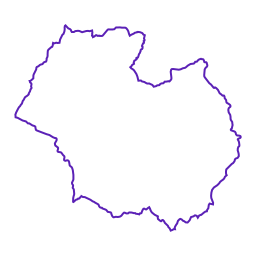 Athang, Wangdi Phodrang, Bhutan
{"feature_id": "84629894B35951750591258", "entity_name": "Athang", "entity_type": "district", "adm_level": 2, "iso_a3": "BTN", "parent_name": "Bhutan", "parent_adm1": "Wangdi Phodrang", "projection": "equal_earth", "projection_center": [90.199, 27.286], "detail": "fine", "context": "isolated", "style": "outline", "palette": "violet", "viewbox_px": 256, "rotation_deg": 0, "n_neighbors": 0, "source": "geoboundaries", "source_scale": "gbopen_adm2", "svg_char_len": 5695}
<svg xmlns="http://www.w3.org/2000/svg" viewBox="0 0 256 256"><path d="M122.2,27.7L120.0,27.4L116.0,27.5L114.3,29.2L112.3,29.5L108.2,29.4L107.4,30.0L102.8,35.5L102.2,35.9L100.8,36.0L99.5,35.7L99.3,35.9L98.5,35.7L98.0,35.9L97.4,35.8L96.6,35.2L95.9,35.2L94.3,36.5L93.0,37.1L92.8,36.1L92.0,35.7L92.0,35.4L92.3,34.8L92.1,33.8L92.4,32.8L92.1,30.5L89.7,31.2L88.0,30.9L86.4,31.0L82.1,32.2L79.4,31.0L78.0,30.8L75.3,31.1L73.9,32.0L71.8,32.0L71.2,31.0L70.9,30.0L70.0,29.1L68.3,28.4L65.5,25.4L64.9,25.9L64.6,27.3L64.7,29.3L64.4,31.4L63.5,33.9L62.4,34.8L60.1,39.5L59.5,42.8L57.4,43.0L56.2,42.7L54.1,43.4L53.1,42.9L52.9,43.6L52.9,44.3L52.7,45.6L52.2,46.8L51.6,46.9L48.4,49.7L47.8,50.9L47.6,54.0L47.6,55.9L47.3,57.2L46.6,58.5L46.6,59.8L46.3,61.1L45.9,61.7L44.8,61.9L43.7,62.5L42.5,64.1L40.6,64.6L39.8,65.0L38.5,66.2L36.8,67.0L36.4,67.6L36.2,69.4L33.7,74.4L33.4,75.5L33.3,78.4L31.2,80.3L30.2,81.0L29.7,81.0L30.1,82.4L30.9,83.0L31.2,83.4L31.5,84.0L31.1,86.5L31.2,86.9L31.5,87.5L31.5,88.1L30.5,89.5L30.0,91.3L29.0,93.0L28.7,93.7L28.7,94.4L27.3,95.7L25.9,96.6L24.9,97.4L23.7,99.8L22.8,100.9L21.9,103.6L20.7,105.0L20.1,106.1L18.9,107.3L17.9,109.1L16.1,112.6L15.8,113.6L15.4,114.5L15.6,117.3L17.6,117.8L22.6,120.5L25.9,121.4L28.0,123.4L29.3,123.4L32.4,125.4L34.4,126.0L35.3,126.6L35.5,128.0L35.9,129.8L36.9,130.5L46.6,134.2L49.4,135.0L52.9,137.2L54.8,138.0L55.9,138.1L56.5,138.6L56.7,139.7L56.5,140.5L54.9,143.3L55.0,144.4L55.3,145.5L57.9,147.5L58.1,148.1L57.9,149.6L57.5,150.8L57.7,151.5L58.2,151.9L60.8,152.3L61.6,153.0L63.0,155.0L64.2,156.1L64.4,156.6L64.5,157.2L64.1,159.0L64.1,159.8L64.2,160.2L64.6,160.5L65.4,160.8L67.1,160.3L67.9,160.4L68.6,160.9L69.1,162.0L69.7,165.4L70.2,166.0L71.6,167.1L72.2,168.2L72.8,170.2L73.4,174.9L73.4,179.1L73.3,179.8L72.0,182.7L72.0,183.2L72.3,184.2L73.0,185.1L73.1,185.9L72.7,187.8L73.5,188.9L73.8,189.5L74.2,193.6L74.1,194.7L73.6,196.2L73.2,198.1L73.1,201.8L73.4,202.0L74.2,201.4L75.4,200.2L76.4,199.5L77.3,199.4L77.7,199.2L78.1,198.6L79.3,198.5L80.5,197.0L81.2,196.6L81.4,196.1L82.9,197.0L84.8,197.1L90.5,199.8L92.6,201.3L94.1,201.9L95.2,202.7L97.8,204.1L98.5,204.6L99.0,206.0L99.8,207.2L100.6,207.6L102.0,207.8L102.3,208.4L105.6,209.6L106.4,210.1L107.7,211.8L110.7,212.4L111.3,213.2L111.4,214.1L112.3,216.2L113.2,217.1L113.7,217.3L115.8,216.8L117.8,217.0L119.1,216.8L120.2,216.5L121.4,215.7L123.0,213.6L124.0,212.7L124.8,212.7L126.3,213.4L128.0,213.4L129.1,212.5L130.1,212.4L130.9,212.6L131.5,212.5L133.7,213.1L135.2,213.1L135.8,213.7L138.5,214.1L139.2,214.4L139.9,213.4L140.7,213.4L141.4,213.1L142.4,210.4L143.4,208.8L144.1,208.6L145.8,209.4L146.4,209.4L148.1,207.9L149.2,207.2L150.0,208.7L150.7,210.6L151.8,212.4L154.6,214.7L157.9,216.4L157.7,217.4L158.0,219.0L159.8,220.5L160.8,221.2L161.2,221.2L162.3,220.0L163.0,220.1L164.1,221.3L164.8,222.8L167.9,225.8L168.4,227.1L169.7,228.4L170.7,230.6L172.5,229.9L173.8,229.1L175.0,229.2L174.7,227.8L175.1,226.6L176.4,224.4L177.2,223.5L177.3,222.8L178.0,220.8L179.6,219.2L180.3,218.9L181.6,219.4L183.2,220.9L184.0,221.1L185.8,222.4L187.6,222.5L189.7,220.2L191.0,217.1L193.6,216.3L194.8,215.4L195.5,215.4L196.8,215.9L197.8,217.7L199.1,215.6L200.6,214.9L201.2,214.9L203.9,212.6L205.5,211.5L206.9,211.3L207.2,209.8L208.3,208.3L208.8,204.9L209.6,203.6L213.0,204.4L213.1,202.7L211.3,198.0L211.1,195.8L211.4,192.6L212.1,189.9L213.9,187.5L217.3,185.2L219.2,183.3L220.0,182.0L221.6,180.6L222.6,180.0L224.1,178.6L225.0,176.7L226.7,175.2L226.1,174.1L226.0,172.8L226.0,171.2L226.3,169.4L231.8,163.9L233.1,163.1L234.3,161.5L234.7,160.7L234.8,159.8L235.3,158.9L235.9,158.5L237.6,157.9L238.8,156.1L238.7,154.0L238.3,152.3L237.7,150.4L237.8,148.6L238.3,147.0L239.2,146.2L239.4,145.2L239.0,142.1L238.5,140.8L237.8,139.6L237.8,139.3L238.2,138.8L240.1,138.0L240.6,137.5L240.6,136.4L240.2,136.0L239.1,135.6L237.4,135.5L236.8,135.3L236.0,134.3L235.6,132.7L235.1,131.9L234.5,131.5L231.1,130.3L230.8,129.8L231.1,129.0L231.8,128.4L232.6,125.0L232.4,124.0L232.2,122.0L230.9,120.0L230.6,119.1L230.5,116.6L230.2,114.9L228.7,112.4L228.3,110.0L228.5,108.9L228.7,108.3L229.1,107.8L230.3,106.8L230.5,106.1L230.3,105.4L230.0,104.9L229.0,104.1L226.7,102.7L226.4,102.1L226.1,100.0L224.7,98.2L224.5,96.5L224.0,95.6L223.8,95.5L222.9,95.7L222.4,95.5L221.0,94.2L219.7,93.3L217.9,89.8L216.1,88.0L215.0,87.4L214.7,87.5L214.3,87.9L213.7,87.8L211.0,84.5L209.3,83.2L204.8,77.3L204.3,76.4L204.2,75.0L204.7,69.4L205.7,67.7L206.9,66.7L207.3,65.8L207.3,65.1L206.6,62.6L206.1,62.2L204.9,62.3L204.3,62.0L204.2,61.7L204.0,60.7L203.4,59.5L202.9,59.2L201.4,59.1L201.0,58.8L199.2,59.4L198.2,60.1L196.8,61.7L195.2,61.8L194.9,62.4L193.8,63.6L190.5,64.0L187.8,65.6L186.0,67.2L185.1,67.8L182.8,68.3L180.7,69.3L178.8,69.7L173.1,69.0L171.8,69.1L171.2,69.6L170.7,71.8L171.4,77.5L171.4,78.9L171.0,79.7L169.6,81.3L169.2,81.5L168.4,81.2L166.5,81.6L164.6,81.7L164.1,82.5L163.2,83.3L161.5,83.4L160.2,84.0L159.4,85.1L157.1,85.4L156.2,86.1L153.7,86.7L152.6,85.2L152.1,84.8L150.0,83.9L149.4,83.5L147.1,83.5L146.0,83.0L144.4,82.0L141.9,81.4L140.9,80.5L138.4,80.7L137.4,76.6L136.4,74.0L134.0,70.3L132.6,69.1L131.3,68.4L130.3,67.2L131.2,66.5L132.2,64.9L134.0,63.8L133.7,62.3L134.1,61.7L134.3,60.7L135.3,60.2L136.6,59.2L136.6,58.9L136.3,58.6L136.4,57.9L136.8,57.7L137.5,57.8L138.0,57.3L138.6,55.6L138.8,54.6L139.2,53.8L139.9,52.9L140.2,51.9L140.5,51.5L140.6,50.2L141.2,49.4L142.0,49.1L142.5,48.3L142.6,46.8L142.1,46.4L142.0,45.9L143.1,43.3L143.7,43.2L143.8,43.0L144.0,42.2L143.7,41.0L144.5,40.5L144.5,39.5L144.1,39.0L144.0,38.4L144.8,35.2L143.4,34.6L142.5,33.3L142.1,33.0L140.1,32.2L137.9,31.9L137.6,32.2L137.0,32.1L136.2,32.5L134.7,32.8L133.8,33.6L131.3,34.7L129.8,35.7L129.1,34.1L128.3,31.3L127.4,29.6L126.4,28.4L125.8,27.9L125.2,27.7L122.2,27.7Z" fill="none" stroke="#5b21b6" stroke-width="2"/></svg>